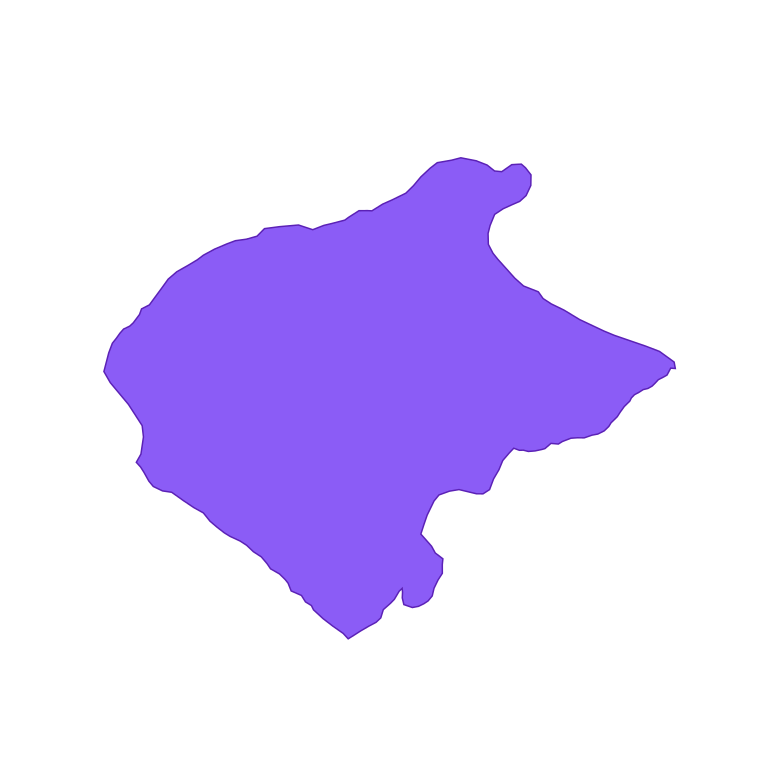 outline of Ismailli District, İsmayıllı, Azerbaijan, rotated 199°
{"feature_id": "54616110B45290451128830", "entity_name": "Ismailli District", "entity_type": "district", "adm_level": 2, "iso_a3": "AZE", "parent_name": "Azerbaijan", "parent_adm1": "İsmayıllı", "projection": "equal_earth", "projection_center": [48.125, 40.803], "detail": "fine", "context": "isolated", "style": "filled", "palette": "violet", "viewbox_px": 768, "rotation_deg": 199, "n_neighbors": 0, "source": "geoboundaries", "source_scale": "gbopen_adm2", "svg_char_len": 2427}
<svg xmlns="http://www.w3.org/2000/svg" viewBox="0 0 768 768"><g transform="rotate(199 384 384)"><path d="M334.9,131.4L330.2,137.2L325.7,142.9L319.6,150.0L313.9,156.1L310.9,161.8L311.2,170.4L306.4,178.9L304.1,183.8L302.2,193.0L300.3,196.7L298.7,193.2L297.1,187.7L293.4,181.9L284.4,181.9L279.0,185.0L274.8,189.2L271.7,193.2L269.4,199.3L270.2,207.1L269.1,216.3L267.2,224.0L270.1,232.3L271.4,237.9L280.5,240.9L286.2,246.1L300.3,254.1L300.5,264.0L300.5,274.1L298.6,289.7L295.9,297.0L287.2,304.0L278.7,308.6L260.8,310.3L254.6,312.4L249.8,318.5L249.5,329.9L247.4,340.4L246.8,350.3L243.2,359.4L240.4,365.5L234.4,365.4L230.7,366.8L225.6,367.2L219.4,369.9L213.4,373.5L210.8,375.3L206.8,382.2L199.6,384.0L196.6,387.7L189.6,393.6L183.7,396.1L177.1,398.3L170.6,403.4L165.5,406.3L160.5,411.4L157.6,417.1L156.7,421.2L152.8,429.0L151.5,434.3L149.5,440.9L146.0,447.9L145.6,451.3L143.7,455.4L140.0,459.4L137.1,463.1L133.0,465.7L129.8,469.3L128.0,472.9L126.0,477.4L121.5,482.1L119.3,484.6L118.1,492.3L113.6,493.5L116.8,499.2L134.1,504.5L149.1,505.0L165.7,505.0L182.1,505.0L193.4,505.7L219.9,508.6L238.0,512.5L252.0,514.2L261.4,516.6L268.1,521.4L284.0,522.1L294.9,526.7L306.9,533.4L317.0,539.0L323.5,543.1L330.8,550.0L334.6,560.2L335.3,568.4L334.6,580.4L328.3,588.6L321.1,595.4L315.1,600.9L311.0,608.4L309.8,619.5L313.1,629.6L320.6,634.5L325.7,636.6L328.8,635.4L334.6,633.0L341.8,623.1L348.8,621.4L357.8,624.6L368.1,625.0L369.3,625.1L385.0,622.9L393.0,617.6L405.7,610.6L410.6,603.1L416.6,591.8L420.7,581.1L425.5,571.5L436.8,560.2L443.8,553.7L451.8,543.8L455.9,542.6L464.1,539.7L471.8,530.0L474.4,526.2L486.0,518.5L492.5,514.4L501.6,506.7L516.6,506.5L533.9,498.8L547.6,492.0L552.2,482.4L561.3,476.1L571.2,471.1L578.2,465.3L588.1,456.4L596.7,447.0L601.0,440.6L608.5,431.7L616.4,422.8L622.2,412.9L625.3,402.6L631.6,382.4L637.7,376.1L637.8,370.1L641.0,360.2L643.3,355.9L648.1,351.2L650.2,346.1L651.9,340.3L654.1,334.1L654.4,323.8L652.9,304.6L643.3,296.2L619.0,281.5L599.1,265.9L594.2,255.6L591.0,238.6L592.7,229.3L587.2,226.3L582.3,222.4L574.7,215.6L568.8,212.0L558.6,210.8L549.5,212.5L535.6,208.4L523.5,205.2L512.8,203.3L503.8,197.6L495.1,194.2L486.6,191.3L479.9,189.8L469.1,188.7L461.4,186.8L452.9,182.9L443.7,180.6L436.0,176.0L431.1,172.3L421.0,170.4L413.7,166.9L409.8,164.4L404.4,158.1L393.2,157.2L387.3,152.4L380.5,150.9L377.1,147.5L365.2,142.3L353.3,138.3L341.4,134.9L334.9,131.4Z" fill="#8b5cf6" stroke="#5b21b6" stroke-width="1.5"/></g></svg>